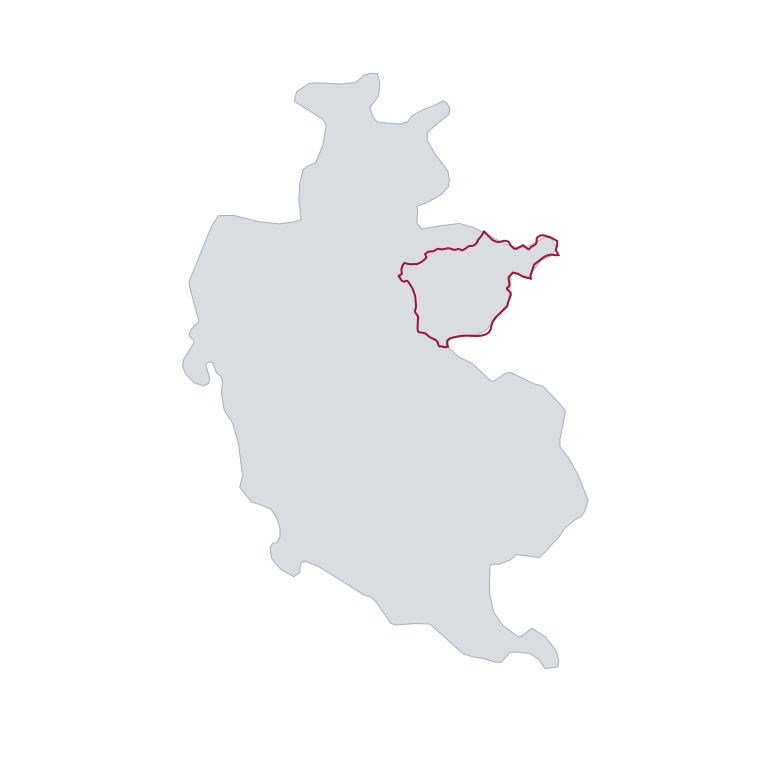 Ticino on a map of Switzerland (orthographic projection), rotated 260°
{"feature_id": "CHE-168", "entity_name": "Ticino", "entity_type": "Canton", "adm_level": 1, "iso_a3": "CHE", "parent_name": "Switzerland", "parent_adm1": "", "projection": "orthographic", "projection_center": [8.86, 46.227], "detail": "fine", "context": "in_parent", "style": "outline", "palette": "rose", "viewbox_px": 768, "rotation_deg": 260, "n_neighbors": 0, "source": "natural_earth", "source_scale": "10m", "svg_char_len": 4681}
<svg xmlns="http://www.w3.org/2000/svg" viewBox="0 0 768 768"><g transform="rotate(260 384 384)"><path d="M564.6,238.6L568.7,241.2L578.5,249.9L576.3,264.9L565.5,289.2L559.8,308.9L559.3,323.9L560.4,330.9L562.4,330.8L573.0,331.8L578.4,331.7L595.5,335.6L609.3,341.4L612.0,347.6L613.9,355.3L630.3,365.5L649.0,372.0L655.3,369.7L678.0,344.8L687.0,348.7L692.7,361.6L692.6,368.5L686.7,394.6L685.9,408.6L691.6,417.7L692.3,424.9L690.8,431.5L681.5,432.2L669.0,428.9L658.3,417.9L650.3,419.3L643.5,422.3L640.1,433.0L637.1,445.8L638.2,452.8L643.3,458.1L647.3,469.7L650.3,484.6L652.6,491.4L650.3,494.5L643.7,496.7L638.2,494.7L628.4,477.0L623.8,470.2L616.3,469.1L603.0,473.6L582.6,483.9L574.3,483.9L567.3,481.9L560.7,473.5L555.0,457.1L553.1,446.9L549.2,447.2L536.1,444.3L530.1,448.4L530.1,465.2L529.0,486.1L522.5,499.6L504.2,523.0L497.5,533.2L494.8,540.5L494.3,546.9L497.1,557.9L501.0,568.4L497.8,574.3L488.0,577.5L481.2,571.1L478.5,559.8L463.6,544.3L470.4,531.3L469.3,528.1L444.8,521.3L434.2,511.5L419.5,494.2L416.8,486.8L417.5,462.9L416.7,457.1L414.8,454.2L407.6,454.4L397.6,462.6L388.4,475.0L369.4,488.9L367.4,491.8L373.6,505.6L373.3,510.9L357.7,532.5L354.7,539.7L335.0,553.1L326.0,558.1L299.0,547.7L291.5,546.4L279.3,552.9L262.0,559.0L234.2,564.8L224.2,559.9L219.4,555.4L217.2,548.7L210.5,536.9L202.9,529.8L197.6,522.2L190.6,513.7L186.1,506.7L192.9,484.9L188.6,477.0L186.5,465.9L187.9,458.5L185.5,456.6L160.9,451.6L140.3,452.4L125.3,459.3L112.9,471.1L111.4,473.7L112.0,475.9L117.7,487.3L107.1,498.8L91.2,507.4L80.1,508.0L75.3,506.0L75.6,493.3L84.9,489.0L93.4,481.0L96.6,469.5L97.9,461.4L89.5,451.2L90.8,445.1L96.6,433.8L100.0,423.8L104.6,415.1L122.1,401.3L139.7,387.4L142.8,372.1L144.6,353.5L147.2,349.1L170.5,338.5L176.3,334.3L179.4,328.0L198.0,307.5L216.3,287.2L220.1,280.3L223.2,276.3L223.3,272.9L221.1,270.3L212.7,268.3L210.0,261.7L219.4,250.1L231.1,243.2L242.3,243.3L246.7,246.7L246.3,250.6L251.1,254.9L259.5,256.5L270.0,255.2L280.5,251.0L287.0,240.6L290.9,232.8L307.3,224.0L318.4,228.7L349.2,230.3L371.7,228.1L385.8,222.1L403.3,222.2L415.0,225.7L417.1,225.2L420.3,224.4L423.5,221.2L434.5,219.0L436.0,216.2L435.6,213.4L433.6,211.9L420.0,213.3L414.9,211.1L413.6,206.1L418.0,197.4L428.0,190.4L436.4,188.7L442.5,190.6L457.3,203.8L460.8,204.2L462.9,201.9L466.0,200.5L471.1,203.1L476.9,211.3L477.8,212.6L511.0,209.6L518.4,209.6L541.0,223.8L564.6,238.6Z" fill="#d9dde1" stroke="#a8b0b8" stroke-width="1"/><path d="M456.8,521.9L456.1,521.6L455.3,522.0L453.1,523.9L452.1,524.5L449.7,524.4L443.3,520.6L440.6,519.6L439.2,518.9L430.5,505.9L426.6,501.9L422.8,499.9L419.2,498.5L416.7,496.3L415.2,493.1L414.7,488.2L415.2,483.1L417.5,472.8L418.0,467.0L417.9,461.0L417.4,456.5L415.5,453.7L411.6,453.0L409.7,453.4L409.7,452.5L409.6,451.0L409.9,449.7L410.5,448.3L411.2,446.9L411.3,446.5L411.3,446.1L411.1,445.7L411.2,445.2L411.6,444.8L412.8,444.4L416.0,444.1L418.3,442.6L422.3,437.1L426.9,433.3L427.2,432.3L427.7,431.0L428.8,427.8L429.2,427.3L429.6,426.9L430.7,426.6L432.2,426.5L444.3,429.3L450.0,426.9L454.6,429.0L465.2,430.0L473.3,428.6L480.2,425.8L481.5,424.8L481.8,424.1L481.8,423.5L481.5,422.9L481.3,422.0L481.5,421.0L482.5,419.6L483.5,419.0L484.5,418.6L485.9,418.3L487.0,417.2L487.8,417.2L488.2,417.5L488.3,418.5L488.7,419.5L489.4,420.7L494.1,421.1L494.7,421.4L495.7,422.0L497.2,422.6L499.1,424.4L499.4,424.8L499.5,425.5L499.2,426.2L498.2,428.2L497.8,429.3L497.4,430.8L497.1,432.0L496.9,434.4L496.7,435.5L496.4,436.3L496.3,436.9L497.2,440.7L497.6,441.8L498.0,442.7L499.4,445.2L500.9,447.4L501.9,447.8L502.2,447.7L502.8,447.4L504.9,447.1L506.5,450.1L506.5,451.3L506.5,452.9L506.2,455.1L506.4,456.7L507.0,458.1L507.6,459.5L507.8,460.3L507.4,461.2L507.0,463.1L506.4,464.8L506.6,470.8L506.1,472.2L504.0,476.2L503.8,477.5L503.9,478.9L504.1,480.1L503.9,481.1L503.3,482.4L502.2,483.7L502.1,484.6L502.4,485.5L503.5,488.3L504.9,491.2L505.0,491.9L505.0,492.9L504.6,495.5L504.9,496.6L505.4,497.6L506.5,499.4L507.4,500.2L509.7,501.8L512.6,505.3L513.8,506.5L516.9,508.8L517.0,508.9L517.0,509.0L506.9,515.9L504.4,519.7L503.8,522.3L504.2,526.8L503.7,529.3L502.6,531.1L501.3,531.9L498.3,532.9L494.7,535.6L494.1,537.9L496.6,544.9L492.0,549.1L491.7,549.6L491.6,550.1L491.7,550.6L492.0,551.1L493.5,552.6L494.7,556.3L496.0,558.2L497.3,558.9L500.3,559.5L501.7,560.4L503.2,563.7L502.7,567.1L499.3,573.8L494.8,579.3L490.6,578.6L486.1,576.5L481.8,577.8L480.6,578.2L481.1,575.1L481.9,572.8L482.5,570.3L482.2,566.8L481.5,564.2L480.3,561.6L477.9,557.3L476.5,554.1L475.6,552.8L474.7,552.1L466.7,547.8L464.6,547.1L462.2,546.9L462.4,546.4L463.0,545.4L465.4,539.8L469.4,534.9L471.4,530.3L467.9,525.6L465.8,524.9L461.6,524.9L459.4,524.6L458.3,523.9L457.3,522.0L456.8,521.9Z" fill="none" stroke="#9f1239" stroke-width="2"/></g></svg>